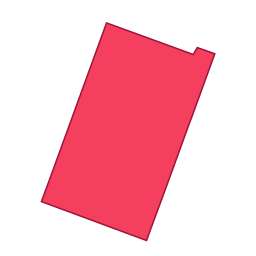 the district of Sargent, North Dakota, United States of America, rotated 290°
{"feature_id": "52423323B99155111830377", "entity_name": "Sargent", "entity_type": "district", "adm_level": 2, "iso_a3": "USA", "parent_name": "United States of America", "parent_adm1": "North Dakota", "projection": "natural_earth1", "projection_center": [-97.554, 46.109], "detail": "fine", "context": "isolated", "style": "filled", "palette": "rose", "viewbox_px": 256, "rotation_deg": 290, "n_neighbors": 0, "source": "geoboundaries", "source_scale": "gbopen_adm2", "svg_char_len": 410}
<svg xmlns="http://www.w3.org/2000/svg" viewBox="0 0 256 256"><g transform="rotate(290 128 128)"><path d="M214.0,71.9L54.0,71.9L29.2,71.8L28.6,183.9L34.0,183.9L36.1,183.9L41.2,183.9L85.6,184.1L87.5,184.1L108.0,184.1L147.3,184.1L153.3,184.1L160.2,184.2L162.7,184.2L204.3,184.2L206.0,184.2L227.4,184.2L227.3,165.6L219.4,164.1L219.4,71.9L214.0,71.9Z" fill="#f43f5e" stroke="#9f1239" stroke-width="1.5"/></g></svg>